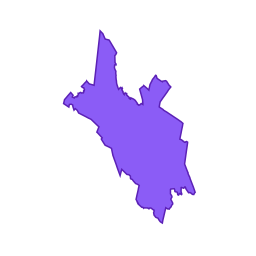 Tilžas pag., Balvu, Latvia, rotated 252°
{"feature_id": "27541924B42747545330517", "entity_name": "Tilžas pag.", "entity_type": "district", "adm_level": 2, "iso_a3": "LVA", "parent_name": "Latvia", "parent_adm1": "Balvu", "projection": "equal_earth", "projection_center": [27.384, 56.906], "detail": "fine", "context": "isolated", "style": "filled", "palette": "violet", "viewbox_px": 256, "rotation_deg": 252, "n_neighbors": 0, "source": "geoboundaries", "source_scale": "gbopen_adm2", "svg_char_len": 5302}
<svg xmlns="http://www.w3.org/2000/svg" viewBox="0 0 256 256"><g transform="rotate(252 128 128)"><path d="M153.8,181.4L155.1,180.8L155.9,180.3L160.3,179.2L160.7,179.0L161.4,178.4L161.9,174.8L161.9,174.7L161.7,174.7L162.3,174.0L166.2,171.0L169.2,171.0L169.6,170.6L169.5,170.4L169.4,170.2L168.6,169.3L167.9,168.3L166.7,166.5L166.7,166.4L165.3,165.1L165.2,165.1L164.9,164.7L164.3,164.1L163.8,163.6L162.6,162.4L158.3,159.9L158.2,159.7L157.7,159.5L159.9,158.3L163.5,156.1L163.2,155.9L163.1,155.6L163.0,155.1L162.7,154.3L162.6,154.0L161.4,151.1L150.5,150.6L146.9,149.7L146.7,149.7L145.8,149.4L146.7,148.6L147.2,148.2L146.3,146.3L146.3,145.8L146.8,145.3L146.6,145.1L147.9,144.2L148.3,144.5L148.5,144.5L152.1,143.4L153.8,142.2L155.8,140.0L154.6,139.3L154.6,139.2L155.7,138.4L156.0,138.3L156.4,138.6L157.1,138.4L157.8,138.1L158.1,137.7L159.0,137.4L159.5,137.0L160.0,137.0L161.2,137.4L161.5,137.0L161.5,136.9L161.3,136.7L162.0,136.2L162.3,136.1L161.9,135.6L161.3,134.8L161.1,134.7L161.8,134.4L163.3,134.3L164.1,134.2L164.3,134.5L165.7,134.1L166.2,134.0L167.2,134.9L167.9,134.8L167.8,134.7L167.4,134.0L168.9,133.6L168.9,133.4L168.8,133.2L167.7,131.0L168.1,131.0L168.3,131.1L169.1,130.9L172.9,130.9L173.3,130.9L173.5,130.9L173.8,131.0L175.2,131.2L176.1,131.5L176.6,131.6L177.1,131.6L178.1,131.8L178.6,131.9L179.3,132.1L180.4,132.3L181.7,132.9L182.6,133.0L182.9,133.1L183.4,133.2L183.7,133.2L184.0,133.3L184.3,133.4L184.7,133.6L185.2,133.8L185.5,133.9L185.7,134.0L186.6,133.9L187.0,133.8L187.7,133.7L189.5,133.7L192.1,134.8L192.1,135.1L191.9,135.4L191.9,135.5L191.9,135.9L191.7,136.1L191.8,136.2L192.0,136.2L192.3,136.3L192.6,136.3L192.8,136.3L193.0,136.3L193.1,136.2L194.2,135.9L200.9,137.8L201.6,139.1L202.1,139.4L202.1,139.5L203.0,140.4L204.7,140.1L215.0,137.8L216.2,137.5L217.3,137.3L217.7,136.9L219.2,134.5L219.6,133.8L221.2,133.6L225.6,133.2L226.5,132.7L229.0,131.5L224.2,129.4L195.1,116.2L179.1,108.9L179.7,108.1L181.9,104.8L185.5,103.2L185.3,103.1L184.2,100.9L183.8,100.2L182.8,98.5L181.9,96.6L181.6,96.7L180.6,97.2L180.0,98.3L179.9,98.4L179.0,98.3L178.6,98.3L178.2,98.5L177.1,98.0L176.9,97.9L177.1,97.3L177.0,97.2L176.0,96.9L175.4,96.7L175.2,96.5L175.5,95.5L175.6,94.6L176.5,94.0L176.4,93.4L176.5,93.2L176.1,92.4L176.4,91.3L175.4,91.2L174.7,90.6L174.3,89.5L173.9,89.1L173.5,89.4L173.5,88.4L174.0,87.4L173.8,86.9L173.2,86.2L174.1,85.2L174.7,84.6L176.1,85.9L179.5,84.5L177.3,80.8L176.1,78.9L174.6,76.4L171.1,74.3L166.2,78.2L168.5,79.5L168.2,81.3L167.0,82.5L165.3,82.2L161.7,82.2L162.7,83.8L161.8,84.4L160.4,85.2L157.5,85.7L152.0,91.2L149.6,93.5L148.6,94.6L147.6,95.6L141.2,99.0L138.1,100.7L133.7,97.1L132.8,97.6L132.1,97.9L126.6,100.4L125.8,99.2L124.7,99.4L122.3,100.0L118.7,100.9L116.2,103.6L115.5,104.3L115.0,104.8L113.7,106.0L110.4,105.6L107.5,105.3L107.0,105.2L106.9,105.2L102.5,105.3L99.9,105.4L96.2,105.5L94.1,105.5L90.5,105.6L85.2,105.8L87.1,107.0L89.6,108.6L90.6,109.3L84.2,112.6L83.3,114.4L81.6,115.4L79.3,114.8L78.9,114.8L77.8,116.1L77.6,116.2L75.8,116.8L72.8,118.1L72.4,118.6L71.4,119.8L69.9,120.9L68.9,120.2L66.9,119.0L66.6,118.9L64.7,117.8L63.9,117.3L63.2,116.9L61.4,115.8L57.6,113.6L53.6,114.3L53.9,114.0L52.7,114.1L50.1,115.6L48.4,116.6L48.0,117.6L46.8,118.1L47.1,118.6L45.9,121.9L44.7,122.9L45.2,123.3L45.0,124.5L44.9,125.0L42.5,126.7L42.1,127.2L41.9,127.1L41.0,127.3L39.6,126.2L36.5,125.8L36.5,125.7L36.2,126.2L35.9,126.4L35.0,126.6L34.8,126.7L34.4,126.9L32.9,128.7L31.5,128.9L29.8,129.4L28.8,129.8L27.8,130.6L27.0,131.3L29.8,132.8L40.5,139.3L39.0,140.4L38.9,140.5L39.0,140.7L38.1,142.1L38.9,143.1L39.1,143.4L39.7,144.6L41.0,145.6L41.4,146.3L41.6,146.8L42.4,147.2L42.7,147.3L43.0,147.3L46.8,146.7L47.1,146.8L47.4,147.0L47.7,147.3L48.6,148.3L48.8,148.5L49.5,148.6L50.1,148.6L50.5,148.5L50.9,148.4L51.9,148.1L52.2,148.0L54.9,148.9L55.9,149.2L56.4,149.4L56.6,149.6L56.7,149.8L56.1,152.7L56.0,153.1L55.8,153.1L55.5,153.3L55.3,153.3L55.1,153.3L53.4,153.1L53.1,153.0L52.7,153.3L52.6,153.6L52.2,154.3L52.1,154.5L51.8,154.8L51.6,155.0L51.4,155.0L51.2,155.0L50.1,154.8L49.2,154.7L48.7,155.1L48.6,155.3L48.7,155.6L48.8,155.7L49.5,156.4L49.7,156.6L49.8,156.7L49.8,156.8L49.7,157.0L48.1,158.3L48.2,158.5L48.3,158.6L48.5,158.7L48.8,158.8L49.0,158.8L49.5,158.8L50.0,158.8L50.1,158.7L51.4,158.9L51.5,158.9L54.7,160.1L55.0,160.2L55.0,160.3L54.8,160.7L53.6,162.2L53.5,162.4L53.6,162.7L54.4,163.8L54.4,164.0L54.1,164.2L53.7,164.3L52.1,164.3L47.7,165.6L47.3,167.3L47.1,167.4L46.3,167.9L46.3,168.0L45.0,168.7L44.4,170.0L45.0,170.6L46.2,171.9L46.2,172.0L51.6,171.9L60.6,171.4L62.0,171.5L65.0,171.1L65.6,171.1L66.2,171.0L66.9,171.3L67.1,171.2L70.0,171.0L74.2,170.8L76.1,170.7L76.3,170.7L76.9,171.0L77.9,171.5L88.2,176.5L89.4,177.1L95.5,180.1L96.1,180.3L96.3,180.1L97.0,179.6L97.1,179.4L97.0,179.0L97.0,178.5L96.7,178.1L96.7,177.9L97.0,177.3L97.4,177.0L98.0,176.9L98.3,176.7L98.5,176.3L98.6,176.2L98.9,176.0L99.5,175.7L99.9,175.5L100.2,175.2L100.6,174.8L100.8,174.7L101.2,173.9L101.5,173.9L106.1,176.5L106.6,176.8L109.0,178.1L113.0,180.4L114.8,181.3L115.0,181.5L115.4,181.7L116.0,181.3L116.7,180.9L117.9,180.2L118.7,179.5L119.4,179.0L121.0,177.8L123.5,175.8L125.8,174.0L129.8,170.8L130.3,170.5L134.1,167.2L134.7,167.1L137.3,165.0L138.4,164.2L141.3,165.7L143.1,166.8L143.6,167.6L145.7,170.3L147.7,173.1L149.5,175.5L150.3,176.6L151.6,178.1L153.8,181.4Z" fill="#8b5cf6" stroke="#5b21b6" stroke-width="1.5"/></g></svg>